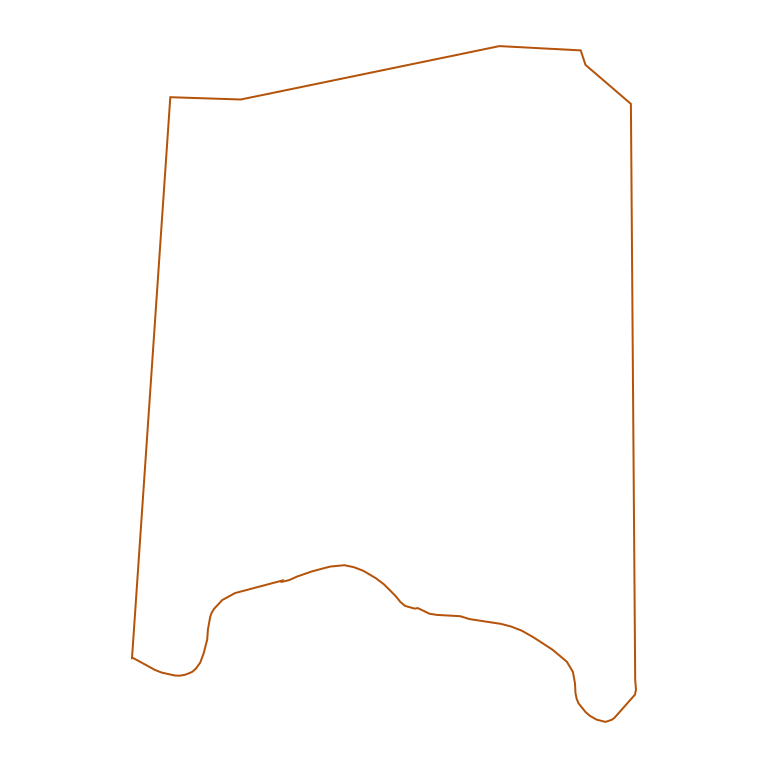 the district of Adams, Ohio, United States of America
{"feature_id": "52423323B26888190258650", "entity_name": "Adams", "entity_type": "district", "adm_level": 2, "iso_a3": "USA", "parent_name": "United States of America", "parent_adm1": "Ohio", "projection": "albers", "projection_center": [-83.481, 38.826], "detail": "fine", "context": "isolated", "style": "outline", "palette": "amber", "viewbox_px": 768, "rotation_deg": 0, "n_neighbors": 0, "source": "geoboundaries", "source_scale": "gbopen_adm2", "svg_char_len": 925}
<svg xmlns="http://www.w3.org/2000/svg" viewBox="0 0 768 768"><path d="M170.3,97.2L132.0,658.2L133.5,658.2L154.7,669.8L161.7,672.6L174.8,675.5L179.6,675.7L184.9,674.8L189.4,673.1L192.3,671.8L195.9,668.7L200.3,662.4L203.7,653.2L207.2,639.6L207.9,629.7L210.2,616.8L211.6,612.9L214.1,608.8L222.3,600.0L235.2,593.0L282.4,580.5L281.9,581.8L288.9,580.2L297.2,576.5L311.6,571.5L330.0,566.6L344.3,565.2L353.9,567.2L363.3,570.8L376.0,578.3L383.9,584.3L395.5,595.9L400.4,602.0L405.1,605.9L414.6,608.6L417.8,608.1L429.4,613.7L436.9,614.9L460.2,616.2L469.6,619.1L501.0,623.9L510.7,626.4L521.8,630.7L533.6,637.4L552.5,649.7L566.8,661.7L572.9,671.8L575.0,683.5L575.5,693.3L576.7,698.9L578.5,703.3L585.5,712.0L589.7,715.7L596.5,719.6L605.4,721.9L611.5,719.9L614.3,718.0L635.0,694.6L635.9,690.0L636.0,689.8L635.2,679.9L630.9,103.9L585.5,64.9L580.7,50.4L499.4,46.1L240.7,99.5L170.3,97.2Z" fill="none" stroke="#b45309" stroke-width="2"/></svg>